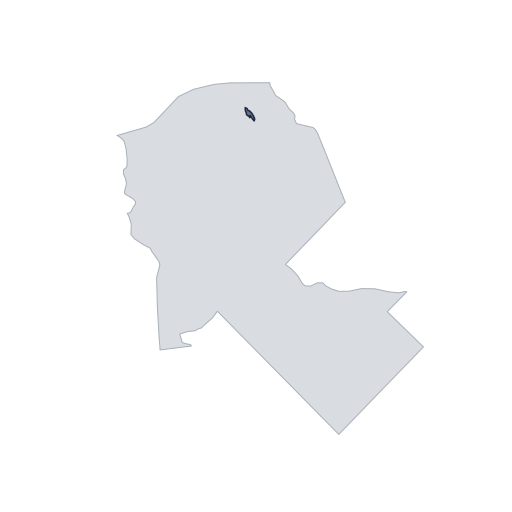 Nuevo San Carlos, Retalhuleu, Guatemala shown in context, rotated 134°
{"feature_id": "79465075B2823208304542", "entity_name": "Nuevo San Carlos", "entity_type": "district", "adm_level": 2, "iso_a3": "GTM", "parent_name": "Guatemala", "parent_adm1": "Retalhuleu", "projection": "equal_earth", "projection_center": [-91.689, 14.629], "detail": "fine", "context": "in_parent", "style": "filled", "palette": "slate", "viewbox_px": 512, "rotation_deg": 134, "n_neighbors": 0, "source": "geoboundaries", "source_scale": "gbopen_adm2", "svg_char_len": 3381}
<svg xmlns="http://www.w3.org/2000/svg" viewBox="0 0 512 512"><g transform="rotate(134 256 256)"><path d="M121.8,366.5L123.6,364.2L125.1,358.9L126.9,353.3L125.8,347.0L125.1,341.9L127.2,334.4L127.0,328.8L128.0,325.3L131.0,323.1L132.6,318.8L123.9,304.0L123.9,300.7L125.1,296.5L132.1,280.8L140.5,262.1L149.8,241.5L155.3,229.1L175.5,229.1L188.9,229.0L205.9,229.0L224.4,229.0L236.6,229.0L241.6,228.9L240.7,220.8L241.3,211.9L243.5,203.8L243.5,200.2L239.9,195.9L232.9,193.3L229.0,189.5L229.0,184.6L227.2,178.7L223.8,171.8L216.8,164.7L206.1,157.4L197.0,147.7L189.5,135.5L183.2,127.6L178.3,124.4L177.1,122.6L191.4,122.8L204.9,122.9L205.0,105.4L205.0,89.9L205.1,72.4L229.6,72.4L258.8,72.5L289.0,72.5L312.8,72.5L326.8,72.5L326.3,94.3L325.7,119.4L325.2,138.0L324.6,162.7L324.0,188.0L323.1,222.6L322.6,244.9L322.9,245.4L330.8,244.3L342.7,245.3L345.5,245.2L349.2,247.2L352.0,247.8L358.0,252.8L365.1,256.6L369.5,248.9L367.1,244.3L365.3,241.9L365.6,239.9L390.2,259.8L387.3,262.9L381.1,270.0L369.9,282.1L359.8,293.0L350.1,302.8L341.4,311.7L340.3,312.6L329.2,319.0L327.4,321.9L325.0,334.4L323.9,337.6L326.0,344.5L328.1,355.3L327.4,360.9L319.7,367.9L316.2,374.1L314.7,378.2L313.3,377.1L310.9,376.8L305.4,378.4L302.7,378.7L300.5,380.5L300.3,384.4L301.8,390.7L302.4,394.0L300.8,395.5L294.0,399.3L291.4,403.0L288.8,408.8L285.8,411.2L282.7,410.8L280.5,411.6L275.8,416.0L268.8,424.4L265.0,430.7L264.9,435.4L265.7,439.6L239.8,424.7L231.2,422.2L195.0,422.5L179.4,416.7L161.7,405.4L149.7,395.1L121.8,366.5Z" fill="#d9dde1" stroke="#a8b0b8" stroke-width="1"/><path d="M156.9,356.2L156.9,356.3L156.8,356.5L156.7,356.7L156.6,356.8L156.5,357.0L156.5,357.3L156.4,357.4L156.4,357.5L156.2,357.9L156.2,358.1L156.2,358.3L156.2,358.5L156.2,358.8L156.3,358.9L156.3,359.0L156.3,359.3L156.3,359.5L156.2,359.6L156.2,359.8L156.1,360.0L156.1,360.3L156.1,361.4L156.1,361.5L156.3,361.8L156.5,362.2L156.6,362.5L156.8,362.9L156.8,363.0L156.8,363.3L156.7,363.4L156.5,363.8L156.3,364.1L156.3,364.3L156.2,364.8L156.2,365.1L156.3,365.3L156.3,365.6L156.5,366.1L156.8,366.7L157.0,366.5L157.0,366.4L157.1,366.2L157.3,366.1L157.5,366.1L157.7,365.9L157.9,365.7L158.0,365.6L158.0,365.4L158.2,365.2L158.4,365.0L158.5,364.9L158.5,364.7L158.8,364.4L159.0,364.3L159.0,364.2L159.2,363.9L159.2,363.7L159.3,363.5L159.4,363.4L159.4,363.2L159.5,363.1L159.5,362.9L159.6,362.7L159.8,362.5L159.9,362.4L160.0,362.1L160.1,361.9L160.3,361.7L160.5,361.5L160.6,361.4L160.6,361.2L160.9,360.9L160.9,360.7L160.9,360.3L160.9,360.2L160.9,359.8L160.8,359.7L160.7,359.4L160.6,359.2L160.6,358.8L160.6,358.7L160.5,358.4L160.5,358.2L160.5,357.9L160.6,357.7L160.6,357.4L160.6,357.1L160.6,356.9L160.7,356.7L160.4,356.6L160.1,356.7L159.9,356.8L159.8,357.1L159.7,357.3L159.6,357.6L159.6,357.8L159.4,357.9L159.1,357.9L159.0,357.7L159.0,357.2L159.3,356.2L159.5,355.7L159.6,355.4L159.6,355.0L159.6,354.7L159.6,354.4L159.7,354.2L159.8,354.0L159.9,353.8L159.9,353.2L160.0,352.9L160.0,352.6L160.0,352.3L160.0,351.9L160.0,351.7L160.1,351.4L159.9,351.2L159.8,351.3L159.7,351.5L159.4,351.7L159.2,351.6L158.9,351.7L158.9,351.8L158.8,352.0L158.7,352.0L158.5,352.3L158.4,352.3L158.4,352.5L158.2,352.7L158.1,352.8L157.9,353.0L157.8,353.3L157.7,353.3L157.5,353.5L157.5,354.0L157.4,354.1L157.4,354.3L157.3,354.5L157.2,354.6L157.2,354.8L157.1,355.0L157.0,355.3L156.9,355.4L156.9,355.5L156.8,355.8L156.8,356.0L156.9,356.2Z" fill="#64748b" stroke="#1e293b" stroke-width="1.5"/></g></svg>